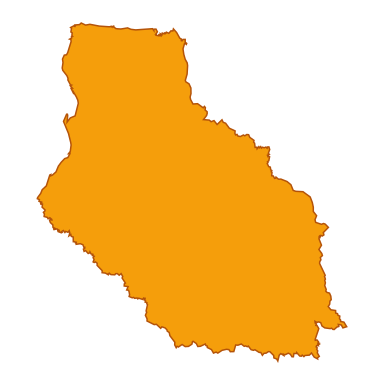 the district of Besalampy, Melaky, Madagascar
{"feature_id": "10022922B83460232588272", "entity_name": "Besalampy", "entity_type": "district", "adm_level": 2, "iso_a3": "MDG", "parent_name": "Madagascar", "parent_adm1": "Melaky", "projection": "albers", "projection_center": [45.158, -16.857], "detail": "fine", "context": "isolated", "style": "filled", "palette": "amber", "viewbox_px": 384, "rotation_deg": 0, "n_neighbors": 0, "source": "geoboundaries", "source_scale": "gbopen_adm2", "svg_char_len": 5880}
<svg xmlns="http://www.w3.org/2000/svg" viewBox="0 0 384 384"><path d="M173.4,28.9L172.9,30.9L170.9,30.9L168.8,33.3L166.4,32.2L166.2,32.9L164.7,32.9L165.6,33.2L165.0,33.8L164.5,33.0L163.5,33.7L162.3,33.1L162.0,34.7L160.6,33.9L161.0,34.9L160.2,34.7L160.6,35.7L158.9,34.9L158.9,35.8L156.2,35.3L156.3,34.2L155.1,35.1L157.4,31.8L156.0,29.1L153.7,29.2L153.8,30.5L152.5,28.7L135.7,29.9L130.9,29.3L127.6,27.9L120.9,29.0L117.4,28.8L115.6,28.5L113.9,26.8L113.2,27.1L113.4,26.2L111.4,26.9L111.2,26.3L109.5,26.8L99.3,26.1L89.9,24.3L85.6,25.1L81.2,23.0L79.5,24.6L74.6,25.0L74.2,25.6L75.3,25.9L74.9,26.5L73.7,25.9L70.6,27.5L71.5,28.3L70.9,32.0L72.2,32.9L71.9,35.3L72.6,36.4L71.5,36.6L71.6,38.1L69.7,39.1L70.9,39.5L71.1,41.6L67.7,52.6L66.5,54.8L64.3,55.1L62.5,59.1L63.0,62.6L62.2,68.0L62.8,70.4L66.9,75.7L68.0,78.3L67.9,80.0L70.4,84.8L71.4,85.1L70.2,85.7L72.1,87.9L71.6,87.8L71.7,88.4L70.7,87.7L73.2,92.7L73.4,91.9L76.3,96.8L77.8,100.2L78.3,103.3L75.1,115.9L70.3,117.9L67.1,122.1L67.7,115.5L67.4,114.2L66.6,114.2L63.5,121.4L68.5,133.5L70.7,142.4L71.1,145.0L70.3,151.4L68.9,153.2L70.0,152.8L70.0,153.6L69.0,154.1L69.5,154.6L67.8,157.6L64.7,158.6L61.2,162.3L58.4,166.1L56.0,171.9L52.3,175.2L50.3,176.0L50.7,174.6L49.8,175.0L46.3,185.9L42.2,189.7L40.7,193.4L37.6,197.6L37.3,198.7L39.4,199.6L39.0,201.3L41.7,202.1L41.7,202.9L40.5,202.6L40.9,204.2L42.5,204.2L42.1,207.2L45.0,209.9L44.9,211.0L43.4,212.3L44.4,213.9L44.1,216.5L47.3,217.4L48.1,218.8L49.8,217.7L51.8,219.4L51.8,220.0L50.2,219.3L49.6,220.4L50.4,222.6L52.8,224.8L53.0,227.4L54.7,228.2L53.7,228.9L54.0,229.6L56.9,228.9L59.2,230.3L59.2,230.9L57.8,230.6L58.1,231.6L61.4,232.8L62.1,232.4L61.4,231.8L63.3,230.5L64.9,232.5L65.7,231.4L68.0,232.3L69.2,230.7L69.8,233.0L69.0,235.8L70.8,234.5L71.3,236.4L73.2,237.0L73.3,241.7L74.9,241.7L75.4,242.8L76.3,242.4L76.2,244.3L80.3,243.7L82.9,244.7L83.9,247.3L84.8,247.3L84.7,248.3L83.4,249.1L84.1,251.4L85.6,250.6L88.2,253.5L89.4,253.0L89.9,251.8L91.0,253.9L92.9,254.3L93.0,255.2L92.2,254.6L92.3,255.5L94.2,256.3L93.1,257.7L94.1,259.5L93.1,261.9L94.2,262.5L95.5,261.9L97.2,263.3L97.1,265.4L102.2,270.7L102.1,272.7L105.4,273.1L108.2,274.7L108.3,273.8L109.3,273.9L109.4,273.3L110.9,274.6L114.8,274.8L115.6,273.7L117.3,273.6L119.2,275.2L121.1,273.6L122.7,276.4L122.1,278.0L125.4,283.1L124.3,283.9L124.2,286.0L128.1,286.6L126.7,290.0L128.3,290.2L129.0,291.3L129.6,294.7L129.1,296.5L132.2,297.8L133.6,297.4L134.6,298.3L137.1,298.0L137.8,298.9L138.7,298.2L142.6,299.4L143.7,298.0L144.4,298.3L144.3,299.4L145.0,298.9L144.8,300.2L145.6,301.0L145.1,302.0L146.9,302.7L146.8,303.8L147.5,304.6L146.1,311.0L146.7,312.2L145.4,315.3L147.1,318.9L147.0,321.0L154.2,324.6L156.4,324.3L160.7,328.3L161.9,326.8L165.2,328.0L167.0,329.9L167.2,331.1L169.2,332.5L169.9,335.7L174.8,342.2L174.7,344.9L176.2,347.7L177.1,346.3L178.4,347.0L182.1,344.5L185.2,346.6L188.5,346.4L191.9,344.2L192.5,341.6L193.1,341.3L196.3,343.5L197.8,346.5L200.4,346.3L205.3,344.0L205.9,345.5L207.3,346.1L207.3,347.5L211.5,349.6L213.5,353.1L216.1,352.1L217.8,353.1L222.1,350.3L226.5,349.3L228.9,349.6L230.3,351.7L233.8,351.6L235.7,345.0L237.9,345.2L241.3,344.0L244.2,346.3L245.5,345.9L247.3,346.7L248.3,346.1L251.1,349.7L253.6,350.3L254.9,349.7L259.1,352.4L260.8,352.5L262.4,355.3L263.9,353.4L266.2,353.1L268.4,351.6L269.9,351.7L273.7,355.5L273.9,357.9L276.7,359.0L277.8,361.0L279.2,355.2L280.8,353.6L283.8,355.5L283.5,354.2L284.9,354.8L288.3,353.2L290.3,354.2L292.0,356.8L293.4,356.8L293.9,353.5L296.6,353.5L296.7,352.6L299.7,356.0L301.3,356.2L302.2,355.1L303.9,356.6L304.9,355.5L309.4,355.1L311.5,353.0L314.2,357.1L317.6,358.9L317.4,357.9L319.3,356.4L317.3,352.9L317.7,350.8L316.7,349.3L317.2,347.9L316.1,346.9L316.6,345.6L318.4,345.7L317.9,344.5L319.1,344.2L318.1,343.3L318.7,343.1L318.1,342.9L318.5,341.9L316.9,339.9L315.3,340.3L315.2,339.3L318.8,328.6L317.0,325.5L315.9,325.4L316.4,324.0L315.2,323.1L315.0,321.3L316.9,322.4L318.6,321.9L320.7,322.6L322.0,326.0L324.8,327.9L330.2,328.6L331.6,328.2L332.9,329.4L334.2,329.5L337.0,327.0L338.8,326.5L338.3,324.4L341.3,325.0L342.9,327.9L346.7,326.7L343.9,322.1L340.6,321.5L340.6,320.1L339.5,318.7L339.8,316.1L338.0,315.3L337.5,313.6L335.7,313.1L335.6,310.5L330.9,309.8L328.2,306.6L329.7,304.2L329.9,301.2L331.2,299.7L330.8,296.1L329.5,293.1L327.0,292.4L325.8,291.2L326.2,289.4L324.7,285.6L325.4,282.8L324.7,280.3L325.4,279.1L324.5,276.4L325.2,275.3L319.6,263.5L319.7,261.8L320.9,259.8L320.3,257.5L322.4,255.6L321.8,253.5L318.9,249.5L321.5,245.2L319.0,238.9L319.2,236.4L319.6,236.0L320.1,237.1L320.9,235.4L322.3,236.0L323.9,234.9L323.3,232.6L328.4,227.4L325.2,224.1L323.5,223.5L321.5,224.3L315.7,222.4L315.0,219.7L316.6,215.7L313.3,211.5L313.3,207.2L312.3,202.5L310.2,197.0L303.0,191.7L295.7,191.3L293.2,190.4L290.9,184.7L287.0,181.5L280.9,179.1L278.5,179.2L276.0,177.1L275.6,178.2L274.6,178.4L273.3,176.0L271.7,175.7L272.0,172.3L271.2,171.8L271.8,170.5L270.7,169.8L270.3,167.1L268.7,166.6L267.2,163.5L268.0,162.5L267.5,161.7L268.8,160.8L269.6,156.7L268.8,156.2L268.0,156.7L267.4,155.2L269.3,154.3L268.3,153.4L269.7,149.5L268.9,146.9L267.4,147.0L267.1,148.2L265.8,147.1L264.1,147.8L262.6,147.2L261.4,148.1L260.7,146.6L259.4,147.8L258.8,146.7L257.1,148.8L256.8,147.2L255.1,147.4L254.6,143.2L253.6,142.2L254.0,140.4L249.8,137.4L248.6,134.7L246.8,134.5L244.8,135.8L243.4,135.0L240.5,136.5L238.0,136.1L237.0,134.4L235.6,134.9L234.9,133.4L235.1,130.9L229.3,128.2L225.6,123.2L223.2,122.3L222.0,119.8L217.1,124.5L214.0,120.6L211.1,121.7L209.2,120.1L203.5,119.6L206.6,115.5L207.2,113.4L207.1,111.7L205.1,110.0L205.4,107.6L204.4,106.4L203.2,107.8L197.6,103.7L193.0,104.0L190.6,99.6L190.1,97.1L191.0,93.6L190.9,88.0L189.0,83.8L185.9,81.9L185.3,80.4L187.1,74.1L187.6,65.6L187.2,62.9L185.2,59.3L183.8,54.4L183.0,48.9L184.5,43.6L185.1,43.3L186.3,44.4L186.7,43.4L185.2,42.2L185.2,39.4L183.0,39.4L182.1,40.8L181.4,40.7L181.3,39.0L179.8,38.2L176.6,32.5L173.4,28.9Z" fill="#f59e0b" stroke="#b45309" stroke-width="1.5"/></svg>